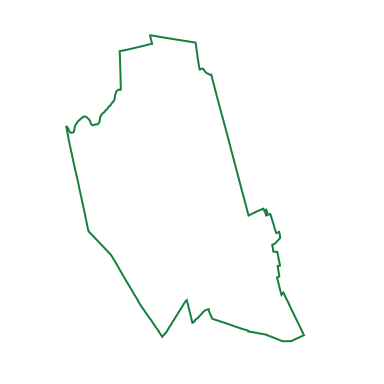 Valeni, Olt, Romania, rotated 100°
{"feature_id": "2599482B13933733442001", "entity_name": "Valeni", "entity_type": "district", "adm_level": 2, "iso_a3": "ROU", "parent_name": "Romania", "parent_adm1": "Olt", "projection": "robinson", "projection_center": [24.773, 44.228], "detail": "fine", "context": "isolated", "style": "outline", "palette": "green", "viewbox_px": 384, "rotation_deg": 100, "n_neighbors": 0, "source": "geoboundaries", "source_scale": "gbopen_adm2", "svg_char_len": 5922}
<svg xmlns="http://www.w3.org/2000/svg" viewBox="0 0 384 384"><g transform="rotate(100 192 192)"><path d="M249.1,286.8L249.3,286.1L259.5,272.3L268.0,260.9L275.7,254.1L288.4,243.6L299.7,233.7L302.7,231.4L302.8,231.2L307.2,227.2L307.6,227.1L309.3,225.7L312.4,223.0L316.6,218.8L319.5,216.0L320.3,215.1L321.5,214.0L322.9,212.6L323.8,211.6L324.8,210.6L325.6,209.7L328.2,207.3L329.2,206.4L329.5,206.0L330.1,205.2L330.3,205.0L331.5,204.3L331.7,204.0L332.1,203.5L332.6,202.9L333.5,202.0L334.2,201.2L334.6,200.9L335.5,200.2L335.8,199.9L336.0,199.7L337.0,198.8L337.8,198.0L338.2,197.7L338.5,197.4L339.1,196.7L339.4,196.4L339.7,196.2L338.2,195.2L337.3,194.8L336.3,194.1L335.7,193.8L335.4,193.7L335.2,193.4L335.1,193.2L334.8,193.1L334.4,192.9L334.1,192.8L332.5,192.2L332.0,192.0L330.0,191.2L328.3,190.6L327.8,190.3L327.1,190.0L325.1,189.2L324.0,188.8L322.9,188.5L322.7,188.4L321.5,187.7L320.6,187.5L319.9,187.1L319.6,187.0L319.2,186.9L317.4,186.1L315.4,185.3L314.2,184.8L312.8,184.3L312.4,184.1L312.0,184.0L308.4,182.5L308.0,182.4L307.5,182.1L307.2,182.0L305.5,181.3L304.5,181.0L303.1,180.4L302.0,180.0L300.5,179.1L299.4,178.3L301.0,177.6L310.5,173.4L315.9,171.0L320.8,168.9L320.6,168.6L320.2,168.1L319.8,167.9L319.5,167.7L318.6,166.7L318.4,166.6L318.2,166.6L317.8,166.8L317.5,166.7L317.4,166.7L316.7,166.0L315.7,165.0L315.3,164.5L314.6,164.0L314.3,163.8L313.6,163.5L312.8,163.0L312.3,162.7L310.7,161.6L310.3,161.3L309.5,160.9L309.0,160.6L307.6,159.7L307.1,159.3L306.9,159.1L306.4,158.6L306.0,158.0L305.0,156.4L304.5,155.3L305.5,154.9L306.0,154.7L308.7,153.2L309.0,152.9L311.3,151.3L311.8,151.0L313.0,150.3L313.3,150.1L313.5,148.8L313.9,146.3L314.0,145.7L314.1,144.3L314.3,143.0L314.5,141.8L314.7,140.8L314.7,140.5L314.8,140.1L315.0,138.4L315.4,135.3L315.8,132.9L316.5,128.9L318.1,118.9L318.6,114.1L318.8,113.1L318.8,112.4L319.7,112.2L319.6,111.1L319.6,109.2L319.5,105.7L319.5,103.7L319.6,102.8L319.6,101.4L319.6,100.2L319.6,99.2L319.5,98.5L319.6,95.1L319.6,94.5L319.6,93.8L319.9,93.7L320.7,89.1L321.3,86.1L321.8,83.5L322.2,81.8L322.6,80.0L323.1,77.6L323.1,77.1L323.1,76.5L322.8,74.6L321.9,69.4L321.8,68.9L321.7,68.5L320.4,66.6L319.1,64.8L318.5,63.9L317.8,63.0L316.9,61.6L316.0,60.4L315.2,59.2L313.6,56.9L313.3,57.1L309.6,59.7L302.3,65.0L298.1,68.1L295.8,69.7L291.4,72.9L290.2,73.8L288.2,75.2L286.7,76.3L285.5,77.0L284.6,77.7L283.0,78.8L282.2,79.5L275.2,84.5L277.8,86.0L276.2,86.8L274.4,87.6L272.2,88.6L271.5,89.0L270.8,89.3L269.9,89.6L265.7,91.5L262.6,92.9L261.4,93.4L260.7,92.2L260.4,91.7L260.1,91.3L255.2,93.0L250.2,94.8L249.9,94.8L249.8,94.2L249.7,93.7L249.5,92.7L249.3,92.5L249.2,92.5L236.1,97.7L236.4,99.4L236.6,101.5L230.0,103.8L229.4,103.0L228.8,101.8L228.4,101.4L227.8,100.9L225.5,99.5L224.0,98.5L222.2,97.3L221.0,97.5L220.3,97.6L217.8,98.5L216.7,99.1L216.2,99.3L217.0,100.4L217.8,101.9L217.4,102.2L214.6,103.7L213.9,104.0L212.6,104.7L209.9,106.0L208.7,106.6L205.8,108.1L205.1,108.4L203.7,109.2L202.4,109.8L201.8,110.2L201.1,110.5L200.1,111.1L200.5,111.8L201.3,113.3L196.5,115.8L197.4,116.9L202.0,114.4L202.3,114.9L197.7,117.2L197.9,117.6L196.0,118.7L199.1,123.7L205.4,132.2L202.4,133.6L199.6,134.9L197.8,135.7L194.3,137.3L180.0,144.0L126.4,168.7L112.5,175.2L100.7,180.8L73.1,193.4L73.5,194.0L73.5,194.6L72.9,196.3L72.4,197.9L71.7,199.4L68.8,202.4L68.8,203.1L69.1,204.1L70.1,205.5L69.9,205.7L67.6,206.7L61.8,208.7L44.3,214.4L44.3,214.9L44.3,216.5L44.4,225.1L44.5,228.2L44.5,229.8L44.5,230.7L44.5,232.0L44.6,233.3L44.6,234.5L44.6,235.5L44.7,239.5L44.7,243.5L44.7,244.2L44.7,244.6L44.8,245.0L44.8,245.5L44.8,246.2L44.8,247.7L44.8,249.8L44.8,253.1L44.8,254.6L44.8,256.5L44.8,257.5L44.9,258.2L44.8,258.9L44.9,259.9L44.9,260.2L44.9,260.3L45.1,260.6L47.3,259.6L48.5,259.0L50.1,258.3L53.0,257.0L53.4,258.1L53.5,258.5L53.8,259.2L54.3,260.4L54.7,261.1L55.4,262.8L56.0,264.0L56.4,265.0L56.7,265.7L57.0,266.3L62.5,279.1L65.9,287.7L66.9,287.5L69.6,286.8L80.5,284.6L87.4,283.1L90.3,282.5L97.1,281.2L102.3,280.1L103.7,279.9L103.8,280.1L103.8,280.6L103.8,281.4L103.8,281.5L104.0,281.9L104.2,282.3L104.5,282.6L104.9,283.0L105.1,283.2L105.8,283.8L106.0,283.9L106.3,284.1L106.5,284.2L106.8,284.2L107.0,284.2L107.3,284.2L107.7,284.1L108.0,284.2L108.5,284.2L110.0,284.5L110.7,284.6L111.3,284.5L113.8,284.3L114.0,284.5L114.6,284.5L115.2,284.6L115.7,284.8L116.2,285.0L116.8,285.2L117.0,285.3L117.2,285.5L117.3,285.8L117.6,286.0L118.3,286.3L118.6,286.4L119.1,286.6L120.1,287.0L120.4,287.1L121.2,287.6L121.3,287.8L121.6,288.0L121.9,288.5L122.1,288.6L122.3,288.8L123.1,289.1L124.1,289.5L124.4,289.7L125.4,290.3L126.1,290.9L126.5,291.1L127.4,291.7L128.1,292.0L128.6,292.3L129.4,293.0L129.9,293.5L130.6,294.0L131.0,294.2L131.7,294.6L132.3,294.9L132.9,295.1L133.4,295.3L134.2,295.4L135.0,295.5L135.8,295.4L136.6,295.3L137.1,295.2L137.8,295.2L138.4,295.1L138.8,295.2L140.6,296.0L141.3,296.4L141.6,296.6L141.8,297.0L142.0,297.5L142.0,298.0L142.1,298.4L142.3,298.9L142.6,299.5L142.9,300.0L143.2,300.4L143.3,300.9L143.5,301.3L143.4,301.8L143.2,302.4L142.9,302.8L142.5,303.2L142.0,303.6L141.0,304.1L140.0,304.7L139.0,305.5L138.3,306.2L137.9,306.6L137.3,307.9L136.8,308.5L136.6,308.9L136.4,309.4L136.3,310.5L136.4,311.5L136.5,311.8L136.6,312.1L136.9,312.3L137.4,312.5L137.8,312.7L138.1,313.0L138.4,313.5L139.2,314.3L140.1,314.8L140.6,315.2L141.1,315.8L141.7,316.3L142.6,316.8L143.9,317.4L145.4,318.1L146.4,318.4L147.3,318.6L148.6,318.7L149.2,318.7L150.3,318.6L151.4,318.7L152.3,318.7L153.2,318.9L153.6,319.1L154.3,320.0L154.6,320.8L154.7,321.4L154.6,321.7L154.4,322.3L154.0,322.8L152.5,324.1L151.5,324.6L150.6,325.3L149.7,326.1L149.3,326.8L149.5,327.1L149.9,327.0L152.5,326.0L154.0,325.4L155.2,325.0L161.2,322.7L163.2,322.0L164.8,321.3L167.4,320.3L172.1,318.4L174.3,317.5L174.7,317.2L176.7,316.5L183.1,313.9L191.8,310.3L194.7,309.1L197.8,307.7L203.5,305.3L209.0,303.2L214.1,301.1L217.2,299.8L220.0,298.7L221.2,298.2L222.8,297.5L223.3,297.3L229.0,295.0L247.6,287.6L248.0,287.3L248.5,286.9L249.1,286.8Z" fill="none" stroke="#15803d" stroke-width="2"/></g></svg>